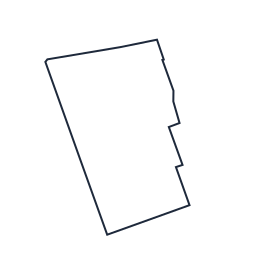 the district of Clark, Ohio, United States of America, rotated 246°
{"feature_id": "52423323B77322804510799", "entity_name": "Clark", "entity_type": "district", "adm_level": 2, "iso_a3": "USA", "parent_name": "United States of America", "parent_adm1": "Ohio", "projection": "orthographic", "projection_center": [-83.771, 39.904], "detail": "fine", "context": "isolated", "style": "outline", "palette": "slate", "viewbox_px": 256, "rotation_deg": 246, "n_neighbors": 0, "source": "geoboundaries", "source_scale": "gbopen_adm2", "svg_char_len": 361}
<svg xmlns="http://www.w3.org/2000/svg" viewBox="0 0 256 256"><g transform="rotate(246 128 128)"><path d="M176.0,188.5L196.9,190.4L205.0,153.9L223.5,82.3L222.0,79.4L119.5,71.6L39.0,65.6L33.5,139.3L32.5,152.8L72.8,155.9L72.1,162.8L112.3,165.7L111.6,177.1L133.8,180.2L143.6,184.7L176.2,187.1L176.0,188.5Z" fill="none" stroke="#1e293b" stroke-width="2"/></g></svg>